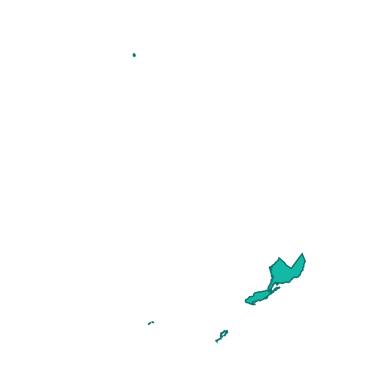 North Bougainville District, North Solomons, Papua New Guinea (Robinson projection), rotated 251°
{"feature_id": "67681753B20702306497520", "entity_name": "North Bougainville District", "entity_type": "district", "adm_level": 2, "iso_a3": "PNG", "parent_name": "Papua New Guinea", "parent_adm1": "North Solomons", "projection": "robinson", "projection_center": [154.75, -4.633], "detail": "fine", "context": "isolated", "style": "filled", "palette": "teal", "viewbox_px": 384, "rotation_deg": 251, "n_neighbors": 0, "source": "geoboundaries", "source_scale": "gbopen_adm2", "svg_char_len": 5409}
<svg xmlns="http://www.w3.org/2000/svg" viewBox="0 0 384 384"><g transform="rotate(251 192 192)"><path d="M101.2,252.8L100.7,252.6L100.3,252.0L99.8,251.7L99.3,251.1L99.3,250.8L98.9,250.2L98.8,249.6L98.5,249.3L98.2,248.1L97.7,247.6L97.6,247.1L97.3,247.1L97.0,246.9L96.7,246.0L96.8,245.4L96.2,243.6L96.0,243.4L95.8,243.4L95.5,243.6L94.9,243.0L94.9,242.6L95.1,242.4L95.2,242.5L95.6,241.8L95.6,241.7L95.2,241.6L95.4,241.3L95.7,241.6L95.8,241.0L95.7,240.9L95.5,241.1L95.4,240.9L95.2,241.0L94.8,240.8L94.5,240.5L94.0,240.4L93.7,241.0L93.5,241.4L93.3,241.6L93.3,241.8L93.0,242.1L92.8,241.9L92.6,241.7L92.5,241.4L92.8,241.3L92.8,241.1L92.7,240.7L92.1,240.6L91.5,240.5L91.1,240.7L91.0,240.4L90.3,240.5L90.1,240.4L89.9,240.6L88.7,240.6L88.2,240.2L87.6,240.1L87.1,240.2L87.1,240.3L87.3,240.5L87.0,240.8L86.8,240.6L86.7,240.2L86.2,240.3L86.1,240.1L85.8,240.7L85.8,241.1L85.5,241.4L85.3,241.1L85.3,240.3L85.2,240.0L84.8,240.0L84.4,239.8L84.2,239.8L84.0,240.0L84.0,239.7L83.6,239.5L83.4,238.8L83.0,238.1L82.5,238.2L82.2,238.7L82.0,238.8L81.7,238.7L81.5,238.4L81.5,237.7L80.9,237.2L79.5,236.5L79.3,236.3L79.4,235.6L78.9,235.4L78.5,235.0L77.9,233.8L77.7,233.6L77.1,233.5L76.3,232.6L76.0,232.5L75.7,232.5L74.9,233.4L74.4,233.6L73.7,234.4L74.0,235.2L74.3,235.5L75.3,235.5L75.6,235.8L76.0,236.7L76.3,237.1L76.5,237.4L76.8,237.6L77.0,238.0L77.6,237.9L78.0,238.1L78.2,239.1L78.6,239.9L78.4,240.6L78.6,240.8L79.4,241.0L79.5,241.2L79.3,241.5L79.7,242.1L79.4,241.9L79.2,241.8L79.2,241.2L78.9,241.0L78.6,241.1L78.5,241.3L78.8,242.0L78.7,242.2L78.8,242.5L78.7,242.8L78.6,243.1L78.3,243.4L78.0,243.5L77.9,243.7L77.7,243.6L77.8,243.4L77.7,243.2L77.8,242.7L77.7,242.5L77.6,242.3L77.4,242.4L77.3,242.2L77.0,242.3L76.7,242.0L76.4,242.5L76.9,242.9L77.0,243.5L77.4,244.2L77.5,244.8L77.3,245.3L77.2,245.8L77.0,246.4L76.6,247.2L76.2,247.5L76.0,248.7L76.4,250.0L76.4,251.2L76.0,252.3L75.3,253.0L75.1,253.7L75.1,254.4L75.2,255.0L75.6,255.6L76.7,257.0L76.9,257.5L76.9,258.1L77.4,258.7L77.9,259.8L78.1,261.5L77.5,262.0L77.2,262.5L77.1,263.3L77.2,264.6L77.5,265.4L78.1,266.7L78.8,267.4L79.7,268.2L80.8,268.8L81.2,269.3L81.7,270.1L81.7,271.1L81.8,271.2L82.4,271.6L83.5,271.8L83.8,272.0L84.1,272.1L84.5,272.5L84.6,273.1L86.7,274.0L87.9,274.8L89.1,275.9L89.5,276.5L97.7,276.0L87.4,260.9L92.2,257.2L95.1,256.4L98.9,254.2L100.1,253.6L101.2,252.8ZM73.7,214.1L74.2,212.2L73.2,210.7L72.9,209.9L72.6,207.8L71.2,206.9L70.6,207.0L70.2,207.2L69.8,207.6L68.9,209.1L68.0,210.1L67.3,210.7L65.7,213.0L65.2,214.8L65.4,214.9L65.6,214.8L66.3,213.9L67.2,213.0L67.5,212.9L68.2,213.7L68.0,214.0L68.2,214.3L68.2,214.6L67.5,215.3L67.6,215.9L68.1,216.3L67.8,216.6L67.6,216.6L67.8,217.0L67.9,217.3L68.0,217.5L67.7,217.8L67.7,218.0L67.9,218.3L67.9,219.0L68.2,219.5L68.2,219.8L68.1,220.2L67.8,220.4L67.5,220.6L67.1,220.6L67.1,221.6L67.4,222.4L67.3,224.0L67.6,225.0L67.8,225.4L67.9,226.0L68.3,226.8L68.2,227.2L68.5,227.6L68.4,228.1L68.6,228.6L68.6,229.2L69.0,229.9L69.4,230.8L69.9,231.4L69.8,232.5L70.0,232.8L70.2,233.0L70.7,233.2L70.7,233.8L70.3,233.3L69.8,232.9L70.0,233.3L70.1,233.9L70.3,234.2L70.6,234.4L70.6,234.9L70.8,235.7L71.1,235.5L71.7,234.7L71.8,233.2L72.0,232.9L72.6,232.4L72.9,232.9L72.6,233.6L72.6,234.0L72.4,234.3L72.4,234.9L72.9,234.8L74.1,233.7L74.2,233.4L74.3,232.8L74.5,232.5L74.3,231.2L74.9,230.3L74.5,229.1L74.6,228.5L75.0,227.0L74.9,225.9L75.2,225.0L75.2,224.2L75.6,223.3L75.8,222.5L75.8,221.9L75.9,221.5L75.9,220.6L76.1,218.7L75.9,218.0L75.3,217.3L75.1,217.1L74.4,216.9L74.1,216.7L73.8,216.4L73.6,215.6L73.7,214.1ZM47.5,172.7L46.6,172.1L45.8,172.1L45.6,172.4L45.9,172.8L46.3,172.7L46.8,172.9L47.2,173.4L47.5,173.5L47.6,173.4L48.4,174.1L48.6,174.7L48.7,175.2L49.3,177.2L49.3,177.5L49.1,178.7L49.3,179.4L49.3,179.7L48.9,179.5L48.5,179.0L48.4,179.0L48.1,179.2L47.7,178.5L47.6,178.0L47.3,177.8L47.3,178.1L47.7,179.2L47.2,178.6L47.3,178.3L47.1,177.8L47.2,177.6L47.0,177.3L46.7,176.9L46.4,176.5L46.0,176.3L45.8,175.8L45.7,175.9L45.6,176.5L46.2,176.8L46.6,177.2L47.0,177.9L47.1,178.6L47.5,179.2L47.6,179.6L47.9,179.9L48.2,180.0L48.7,179.9L49.5,180.0L49.6,179.8L49.4,178.9L49.4,178.5L49.6,178.1L50.1,177.7L50.2,177.3L49.8,176.9L49.3,175.7L49.1,174.7L49.2,174.0L49.2,173.5L47.5,172.7ZM73.5,240.0L73.3,239.3L73.4,238.5L73.3,238.2L72.6,237.8L72.2,237.7L72.0,237.8L71.9,238.0L71.9,239.5L72.1,239.9L72.0,240.1L72.4,240.7L72.9,241.3L73.0,241.5L73.0,242.3L72.8,242.6L72.8,243.2L73.0,243.6L73.2,243.8L73.4,243.7L73.5,243.4L73.6,242.6L73.2,242.4L73.9,241.4L74.2,240.6L73.8,240.2L73.5,240.0ZM341.2,182.5L341.5,181.8L340.2,181.0L339.6,181.2L339.1,181.7L339.3,182.5L339.9,182.7L341.2,182.5ZM43.9,166.6L43.8,166.3L43.6,166.2L43.2,166.5L42.5,166.8L42.9,166.9L43.2,167.0L43.4,167.0L43.5,167.6L43.5,168.7L43.8,169.5L44.0,170.5L44.5,171.2L44.5,171.4L44.3,171.6L44.0,171.5L43.9,171.3L43.8,171.5L44.3,171.7L44.6,171.4L44.6,171.2L44.1,170.3L44.1,169.7L43.7,168.1L43.7,167.6L43.9,166.6ZM71.5,236.9L72.1,236.4L72.1,236.0L71.9,235.5L71.4,235.7L71.4,236.1L71.2,236.4L71.1,236.7L71.5,236.9ZM67.8,229.0L67.9,228.9L67.9,228.5L67.7,228.2L67.2,227.1L67.1,227.5L67.5,228.4L67.6,228.9L67.8,229.0ZM82.1,110.7L82.0,109.8L81.4,108.7L81.6,109.8L82.1,110.7ZM45.6,173.9L45.6,173.6L45.5,173.3L45.7,172.9L45.4,172.6L45.3,172.8L45.2,173.2L45.4,173.7L45.6,173.9ZM81.2,113.0L81.4,112.8L82.1,112.2L82.2,111.5L82.0,112.1L81.2,112.7L81.1,112.9L81.2,113.0ZM81.3,107.9L81.2,107.3L81.0,108.2L81.1,108.3L81.3,108.0L81.2,108.4L81.3,108.5L81.3,107.9Z" fill="#14b8a6" stroke="#0f766e" stroke-width="1.5"/></g></svg>